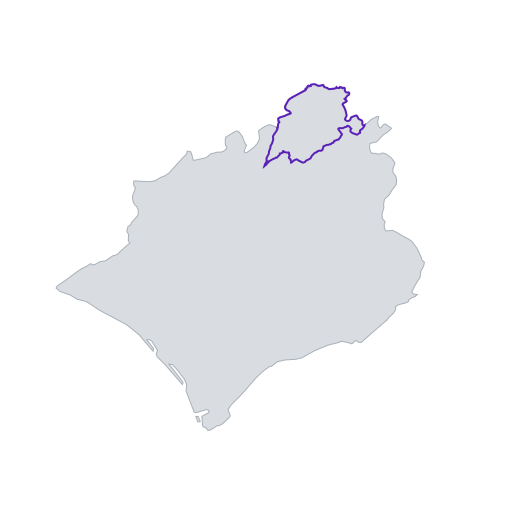 where Denguélé sits in Ivory Coast, rotated 56°
{"feature_id": "CIV-3437", "entity_name": "Denguélé", "entity_type": "Region", "adm_level": 1, "iso_a3": "CIV", "parent_name": "Ivory Coast", "parent_adm1": "", "projection": "equal_earth", "projection_center": [-7.217, 9.491], "detail": "fine", "context": "in_parent", "style": "outline", "palette": "violet", "viewbox_px": 512, "rotation_deg": 56, "n_neighbors": 0, "source": "natural_earth", "source_scale": "10m", "svg_char_len": 8585}
<svg xmlns="http://www.w3.org/2000/svg" viewBox="0 0 512 512"><g transform="rotate(56 256 256)"><path d="M151.9,104.5L153.2,104.5L156.5,103.2L159.4,100.3L162.2,94.2L166.0,89.3L170.2,89.7L171.5,88.8L172.9,88.6L174.7,91.8L176.5,94.3L177.8,94.3L178.7,99.0L186.4,100.9L189.7,102.2L192.5,105.6L193.5,105.7L194.6,104.9L195.5,103.8L195.7,102.5L194.5,99.4L195.1,96.7L196.3,94.2L198.3,94.1L201.3,93.4L204.7,93.4L207.3,93.8L208.3,91.4L207.3,84.5L207.6,80.7L208.0,77.5L208.9,76.2L212.8,80.2L216.2,81.6L218.8,81.8L219.5,81.0L218.4,76.6L218.7,75.3L219.6,74.5L221.2,74.1L225.7,72.3L226.1,72.6L227.0,79.6L226.6,81.8L227.5,86.5L228.7,90.9L228.6,92.7L227.7,95.4L226.6,97.8L226.7,98.9L228.5,100.5L231.9,102.3L235.4,102.7L237.3,100.1L239.4,98.1L240.8,96.2L241.3,93.5L243.5,91.5L249.9,89.0L255.8,88.6L257.2,89.4L259.8,93.2L263.2,95.8L268.3,95.5L272.0,97.1L275.3,100.0L277.4,106.5L279.8,111.2L280.9,117.9L284.6,121.4L287.5,123.0L291.5,127.9L295.6,130.3L299.8,129.8L301.8,132.3L305.0,134.1L308.1,134.2L310.9,128.6L314.6,126.4L323.8,122.0L327.5,119.9L331.2,118.6L340.1,118.2L348.5,119.6L352.6,120.7L355.4,119.9L358.1,122.6L360.9,128.1L363.2,129.9L365.5,131.9L367.3,136.3L369.3,140.6L370.4,142.6L372.9,146.9L375.1,147.0L377.2,145.1L378.1,143.7L378.5,146.6L377.7,151.2L377.9,154.0L379.0,155.1L378.4,158.8L376.0,165.1L376.0,168.8L378.4,170.0L380.2,173.9L381.3,180.6L382.3,182.9L382.4,184.3L384.3,200.6L386.5,217.0L385.1,219.1L383.2,219.7L382.0,220.5L381.7,222.0L382.5,224.3L382.0,226.3L379.6,227.7L374.4,232.9L374.1,235.0L372.7,239.4L371.6,242.1L369.9,247.2L367.3,260.4L366.3,271.5L366.2,274.8L365.1,277.2L364.0,280.6L358.4,290.1L355.5,297.8L355.9,301.1L356.1,304.5L355.2,306.9L355.4,313.5L356.1,318.9L357.1,324.3L361.2,339.5L363.4,348.7L364.7,356.1L365.9,361.1L367.0,363.1L367.5,365.0L373.5,366.4L374.7,367.5L376.4,377.2L376.1,381.6L374.9,383.2L375.0,386.9L374.7,391.5L373.8,393.3L370.4,393.6L368.1,395.3L365.1,394.6L364.8,393.5L363.2,393.1L358.7,390.5L359.4,382.1L357.3,381.7L355.7,382.8L352.5,392.9L351.0,394.6L328.5,389.4L323.7,385.2L317.8,384.3L307.6,384.8L299.3,386.0L296.9,388.6L318.0,387.1L320.3,387.4L321.4,388.9L294.6,392.2L284.4,394.2L281.4,393.6L279.1,390.4L268.0,390.0L265.7,391.1L264.3,393.5L268.7,393.0L275.6,392.8L277.4,394.6L255.8,397.0L240.9,401.6L234.5,404.9L213.6,416.0L200.9,421.2L197.6,423.1L191.8,428.5L184.3,431.9L175.9,438.3L170.8,439.7L169.7,437.7L169.6,426.9L168.9,412.5L169.1,407.0L169.8,401.8L169.8,397.5L172.4,395.9L173.0,394.1L173.4,388.5L175.8,383.4L175.8,374.6L176.5,372.7L177.1,370.4L176.1,364.5L174.7,353.6L174.1,352.9L173.5,353.3L172.2,353.5L166.9,349.7L162.9,349.1L160.1,345.8L159.9,342.2L158.5,340.0L157.5,335.7L156.1,330.8L152.1,327.9L148.4,327.2L145.7,327.8L142.6,327.6L139.0,326.0L136.6,324.1L134.2,320.5L132.1,317.7L130.3,318.0L128.2,317.4L126.2,316.1L125.5,315.1L134.2,303.7L137.1,298.1L137.4,294.7L137.5,291.3L138.4,287.8L138.7,282.4L133.9,262.9L132.7,256.9L131.4,255.1L130.6,254.4L133.0,251.9L136.3,252.6L141.5,254.5L142.6,252.6L146.5,242.8L146.4,239.1L146.0,236.6L148.3,229.9L150.1,227.3L151.0,224.5L150.7,220.6L149.3,219.2L147.5,219.5L145.4,218.5L142.1,216.3L140.5,214.4L141.0,205.5L141.3,202.7L142.5,201.1L144.3,200.7L149.3,200.5L153.4,201.5L157.0,202.1L159.0,202.0L160.5,204.7L162.6,207.4L164.4,207.4L165.1,205.3L164.7,196.6L163.4,191.9L160.7,187.5L153.5,183.7L153.4,178.3L154.1,172.6L155.6,170.4L160.9,166.7L160.0,164.8L158.3,162.7L155.0,160.5L155.7,153.6L155.9,147.5L153.1,148.2L150.1,148.5L147.7,146.6L145.6,142.9L145.2,132.6L145.3,120.7L144.9,115.4L145.7,112.6L148.2,110.0L150.9,106.7L151.9,104.5ZM362.2,394.8L361.0,397.1L355.3,395.6L356.7,393.7L362.2,394.8Z" fill="#d9dde1" stroke="#a8b0b8" stroke-width="1"/><path d="M145.2,121.7L144.9,121.1L145.0,120.8L145.3,120.6L145.2,120.3L145.1,119.3L145.0,119.0L144.7,118.9L144.3,118.8L144.2,118.3L144.0,117.7L144.1,117.2L145.0,116.8L145.5,116.2L145.7,115.6L145.1,115.4L144.7,114.7L145.2,113.3L146.1,111.7L146.9,110.8L149.0,109.7L150.0,109.0L150.8,107.5L151.0,106.7L151.2,105.9L151.5,105.2L152.0,104.6L152.8,105.0L153.6,105.0L154.5,104.6L155.3,104.1L156.1,103.3L156.5,102.9L157.6,102.7L158.0,102.5L158.4,102.2L158.8,101.7L159.8,100.0L160.0,99.5L160.1,98.9L160.4,98.6L160.7,98.3L161.0,97.9L161.1,97.1L161.6,95.9L161.0,94.9L161.9,94.7L162.8,93.9L163.3,93.0L162.8,92.1L163.2,91.9L163.4,91.8L163.4,91.4L164.0,90.8L164.3,90.6L164.8,90.7L165.2,90.6L165.4,90.0L165.6,89.2L165.8,88.8L166.7,88.6L168.3,89.8L169.3,90.0L169.7,89.9L170.4,89.9L170.8,89.7L171.2,89.3L172.2,87.6L172.8,87.5L173.3,87.7L173.7,88.0L174.1,88.5L174.3,89.2L174.3,89.9L174.3,90.5L174.3,91.0L174.5,91.6L175.2,93.2L175.3,93.8L175.2,94.3L175.2,94.7L175.8,94.7L176.2,94.6L177.3,94.0L178.3,94.1L178.6,95.0L178.3,97.3L178.3,98.7L178.7,99.4L179.4,99.6L182.1,99.7L185.4,100.4L189.6,102.0L190.4,102.5L191.1,103.6L191.7,104.9L192.5,105.8L193.5,105.8L194.5,105.3L195.4,104.4L195.9,103.2L195.8,101.8L195.4,101.1L194.9,100.6L194.4,100.1L194.3,99.4L195.3,94.8L195.8,94.1L196.8,93.9L199.2,94.3L200.0,94.1L202.6,92.6L203.5,92.5L204.4,92.8L206.0,94.1L207.0,94.3L207.9,93.8L208.3,93.1L208.3,92.9L208.9,93.5L209.6,95.6L209.9,96.2L210.0,97.1L210.1,97.6L209.9,98.3L209.9,98.7L210.0,99.0L210.1,99.4L210.4,99.9L210.7,100.1L212.0,100.7L212.1,101.0L211.9,102.3L211.9,103.0L212.0,104.0L212.0,104.3L211.8,104.5L211.7,104.6L208.2,107.2L206.5,107.9L206.0,108.0L205.8,108.0L205.4,107.9L205.1,107.8L204.6,107.5L204.1,106.9L203.7,105.8L202.1,106.2L201.5,106.1L200.4,106.4L199.6,106.9L199.1,107.7L199.4,108.2L199.5,108.5L199.4,109.0L199.3,109.4L198.9,110.2L198.8,110.8L198.7,111.5L198.7,111.9L198.6,112.4L198.5,112.8L197.6,113.9L197.2,114.4L196.5,115.9L196.4,116.2L196.4,116.4L196.7,116.7L196.9,116.8L197.2,116.9L202.6,116.6L202.9,116.7L203.1,116.7L203.3,116.9L203.5,117.1L203.6,117.4L204.0,118.5L204.2,118.8L204.3,119.1L204.5,119.2L204.7,119.4L204.8,119.7L204.9,120.0L205.2,121.5L205.3,121.7L205.5,122.2L205.6,122.5L205.6,122.8L205.3,123.4L205.1,123.7L204.9,124.1L204.8,124.6L204.7,125.7L204.5,126.7L204.4,127.2L204.6,127.5L205.0,127.9L205.2,128.1L205.3,128.3L205.3,128.6L205.2,129.0L205.0,129.5L204.9,129.9L204.9,130.5L205.0,130.8L205.1,131.1L205.2,131.3L205.1,131.6L204.8,131.9L204.7,132.2L204.5,132.6L204.5,133.3L204.4,133.7L203.7,134.8L203.6,135.1L203.3,136.1L202.8,138.9L203.6,139.5L203.9,139.8L204.3,140.5L204.8,141.2L205.1,141.4L205.2,141.5L205.3,141.9L205.2,142.4L205.1,143.2L204.9,143.5L204.7,143.8L204.3,144.0L204.2,144.2L204.1,144.6L204.0,145.2L203.9,145.6L203.8,145.8L203.7,146.0L203.5,146.4L203.6,146.8L203.8,147.4L203.9,147.9L203.8,148.3L203.4,149.1L203.4,149.8L203.6,150.9L204.1,153.3L204.7,154.8L204.9,155.0L205.0,155.2L205.3,155.7L205.4,155.8L205.5,156.4L205.5,157.4L205.0,160.6L205.0,161.4L205.3,162.2L205.4,162.7L205.4,163.0L205.0,164.6L203.5,165.9L202.4,166.2L202.0,166.5L201.5,167.0L201.0,167.2L199.3,167.8L198.8,168.0L198.6,168.4L198.5,168.8L198.4,169.2L198.1,169.7L198.0,170.2L198.0,170.5L198.0,171.4L198.3,174.0L198.2,174.3L198.2,174.7L197.9,174.6L197.6,174.2L197.3,174.1L197.1,174.0L196.6,174.0L196.3,173.9L196.0,173.8L195.9,173.6L195.6,173.5L195.3,173.4L194.1,173.7L193.4,173.8L193.2,173.8L192.9,173.7L192.7,173.6L192.3,173.3L192.2,173.1L191.7,172.2L191.6,171.9L191.4,171.8L191.1,171.8L190.4,171.8L190.1,171.8L189.9,171.7L189.7,171.4L189.5,171.2L189.3,171.1L188.9,170.9L188.7,171.0L188.3,171.2L188.3,171.4L188.2,171.6L187.8,172.2L187.3,172.7L186.6,173.5L186.0,174.1L184.9,174.5L184.3,174.6L184.2,174.9L184.3,175.2L184.5,175.3L184.8,175.3L185.2,175.5L185.3,175.8L185.0,176.5L185.0,177.2L184.9,177.8L184.7,178.4L184.4,178.9L185.0,179.2L185.3,179.9L185.5,180.8L185.6,181.8L185.7,182.1L186.0,183.1L186.1,183.6L186.0,184.0L185.6,184.5L185.6,185.0L185.5,186.0L185.0,188.7L184.9,190.9L184.8,192.0L184.4,193.1L185.0,193.1L185.3,193.3L185.2,193.6L184.7,193.8L185.2,194.4L185.7,195.5L186.0,196.7L186.2,198.8L184.8,197.1L184.5,196.3L184.3,195.7L184.2,195.4L184.0,195.0L183.6,194.6L182.5,193.6L182.2,193.4L181.7,193.2L181.3,193.0L180.9,192.7L180.4,191.9L179.2,189.8L178.8,188.8L178.6,188.5L178.3,188.2L177.4,187.4L176.9,187.0L176.5,186.7L174.6,183.8L173.1,182.6L172.9,182.4L172.8,182.2L171.6,179.7L171.3,179.3L168.8,176.3L167.4,175.7L166.6,175.2L166.3,174.9L166.0,174.5L165.7,174.0L163.8,169.2L162.7,167.2L162.2,167.1L162.3,167.0L161.7,166.1L160.0,164.8L159.0,163.8L158.5,163.2L158.0,161.7L157.6,161.6L157.2,161.8L156.6,162.0L154.5,160.8L154.4,158.7L156.0,153.7L156.1,152.4L157.2,147.8L157.0,147.3L155.2,147.3L154.3,147.6L152.7,148.8L151.8,149.2L151.1,149.3L150.1,149.3L149.2,149.0L148.5,148.5L147.7,147.5L145.3,142.8L144.9,141.9L144.7,140.9L144.6,139.5L144.6,138.3L144.6,137.8L146.2,122.8L146.0,121.6L145.2,121.7Z" fill="none" stroke="#5b21b6" stroke-width="2"/></g></svg>